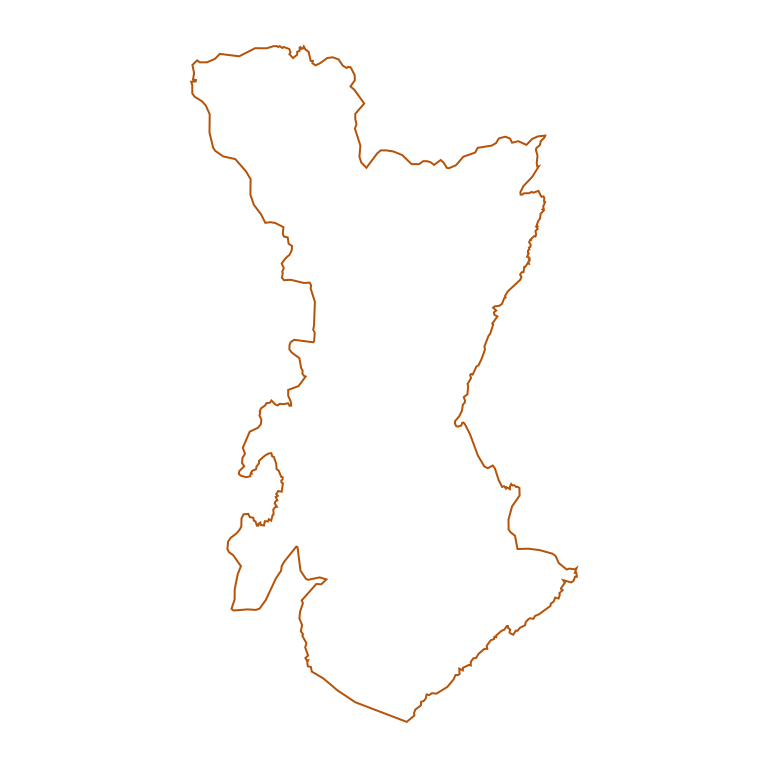 outline of Kenema, Eastern, Sierra Leone
{"feature_id": "65957751B6503620183485", "entity_name": "Kenema", "entity_type": "district", "adm_level": 2, "iso_a3": "SLE", "parent_name": "Sierra Leone", "parent_adm1": "Eastern", "projection": "natural_earth1", "projection_center": [-11.159, 7.947], "detail": "fine", "context": "isolated", "style": "outline", "palette": "amber", "viewbox_px": 768, "rotation_deg": 0, "n_neighbors": 0, "source": "geoboundaries", "source_scale": "gbopen_adm2", "svg_char_len": 6073}
<svg xmlns="http://www.w3.org/2000/svg" viewBox="0 0 768 768"><path d="M406.7,721.9L414.4,715.4L414.0,712.9L415.5,709.4L420.9,705.5L421.1,701.8L423.7,701.0L425.7,698.6L426.6,694.4L429.2,695.1L431.9,693.2L436.5,693.6L447.2,687.0L453.5,679.5L455.6,675.0L458.0,675.1L459.6,674.0L459.3,668.7L462.8,670.4L463.0,667.8L468.9,664.9L470.8,665.5L470.8,661.8L473.4,658.3L476.1,657.9L478.6,653.8L484.3,648.9L487.3,648.9L486.7,645.8L490.7,640.3L494.0,639.0L494.4,636.8L496.2,637.2L496.2,635.5L501.5,630.8L504.3,629.7L506.8,626.1L507.9,626.0L508.0,627.8L510.2,629.6L509.5,632.2L510.3,633.3L513.3,634.7L515.8,630.6L517.3,630.9L520.1,627.7L525.1,625.2L525.7,622.1L528.4,619.2L529.9,618.3L533.4,618.8L535.0,616.0L538.9,614.3L550.5,605.9L550.8,603.7L553.6,601.6L555.2,597.6L558.6,598.5L559.8,594.6L559.3,593.3L562.6,590.1L561.0,588.9L561.2,587.9L564.9,582.7L563.2,580.2L571.1,582.4L573.4,581.0L575.1,576.7L576.8,576.8L576.3,572.7L574.9,572.8L576.6,568.0L574.8,569.3L569.3,568.6L566.7,569.5L558.8,563.1L555.6,556.0L552.5,553.7L539.6,550.1L528.6,548.7L517.5,549.0L515.0,535.7L510.8,532.5L508.6,529.5L508.5,519.6L512.0,506.5L519.6,495.5L519.4,487.9L517.3,486.7L516.2,487.0L514.1,485.2L512.6,485.5L511.2,484.0L509.9,486.8L509.9,489.1L506.5,487.2L505.9,488.5L504.1,486.2L502.1,486.9L498.6,479.9L494.9,468.4L492.8,465.5L487.8,468.2L484.4,466.5L477.9,455.6L470.0,434.2L464.9,424.2L463.5,422.6L462.3,422.7L461.3,425.5L457.9,426.6L456.2,426.1L455.0,423.7L455.0,421.2L459.4,416.0L461.9,410.8L462.9,404.5L464.7,402.7L465.0,400.6L463.8,397.1L467.4,394.4L468.2,385.9L467.5,384.0L471.1,378.1L470.1,375.2L471.0,374.0L472.7,374.6L476.4,366.5L478.4,365.5L481.5,359.1L485.0,349.5L484.4,346.4L488.6,335.7L490.1,334.0L493.2,324.5L492.3,323.6L497.4,316.4L494.3,314.7L493.9,312.4L496.2,310.5L493.1,307.7L494.6,306.4L499.2,305.8L502.0,303.9L504.2,298.2L505.6,297.5L505.0,296.1L507.6,291.6L520.4,279.6L521.4,276.9L520.1,274.6L521.6,272.3L523.5,272.1L524.3,266.8L525.3,266.8L527.7,263.2L528.9,263.7L528.4,261.7L529.6,260.6L528.9,259.4L529.7,258.8L529.2,257.5L527.1,256.7L528.7,253.3L527.9,252.8L528.0,250.6L529.4,249.4L528.9,247.7L530.5,246.7L530.7,244.8L529.1,242.1L530.2,239.8L531.2,239.9L531.3,238.7L534.4,236.0L535.4,236.4L536.1,234.9L535.5,230.9L537.7,228.9L536.2,226.6L537.6,226.3L536.8,225.0L538.2,221.0L540.0,218.6L540.6,213.8L543.9,210.3L542.5,209.4L543.7,208.6L543.2,206.5L545.1,202.0L544.1,201.6L544.2,197.5L543.5,196.4L541.7,196.8L540.9,195.9L538.5,190.9L533.3,192.7L531.6,191.9L529.2,193.2L524.0,193.3L522.0,194.7L520.6,194.6L520.4,192.1L523.5,186.0L532.2,176.9L538.8,166.3L537.4,166.8L536.7,163.2L537.5,155.7L535.9,149.8L536.4,148.0L539.9,145.1L540.8,141.1L544.5,137.5L545.2,135.6L537.8,136.4L532.1,139.0L526.4,144.9L518.4,141.2L512.1,142.7L510.1,138.6L505.4,136.7L500.6,137.9L498.7,138.6L496.1,143.0L491.7,145.6L477.7,147.8L475.1,152.6L463.3,156.7L456.0,165.2L449.0,168.2L446.8,167.8L443.6,162.6L440.7,160.0L434.1,164.9L430.7,162.3L427.2,161.2L423.1,161.2L419.2,164.1L411.6,164.1L402.4,155.2L393.5,151.5L386.5,150.4L380.7,150.4L377.2,153.4L366.4,167.8L361.3,162.6L359.4,156.7L360.4,145.6L354.9,128.6L356.5,124.2L355.3,119.0L355.3,113.8L364.2,103.5L354.6,90.1L350.5,86.4L354.9,80.2L354.6,75.0L351.4,68.7L350.5,67.2L348.3,66.8L346.7,68.0L342.8,65.7L338.6,59.4L332.6,57.3L327.3,58.0L320.2,63.1L315.5,65.4L312.3,63.1L312.9,60.9L310.7,60.9L308.6,51.7L305.4,49.5L303.8,46.5L302.7,48.7L301.6,48.8L300.4,47.1L299.6,47.6L299.7,50.8L297.2,51.8L297.2,54.7L293.1,58.0L289.4,54.2L290.5,52.3L289.3,49.0L283.7,47.0L282.4,48.0L279.7,46.1L278.3,47.1L276.8,46.1L273.7,46.1L266.7,48.3L255.1,48.2L239.2,56.3L219.8,53.9L214.9,58.9L207.0,62.3L199.9,62.3L197.1,60.4L192.4,65.0L194.1,73.1L193.0,79.5L195.9,80.0L195.7,81.4L191.2,81.8L192.3,85.4L192.3,93.5L194.7,96.8L201.9,101.2L205.8,105.5L209.7,114.3L209.5,132.6L213.2,147.9L215.3,150.9L223.2,156.4L235.3,159.1L246.1,171.5L250.6,179.2L250.4,194.7L253.9,204.9L261.1,214.4L265.3,222.8L270.4,222.2L275.3,223.0L283.4,227.1L282.8,234.0L284.0,236.6L287.7,237.4L288.6,243.7L292.1,246.0L291.7,250.3L289.6,254.7L285.4,258.4L281.7,263.5L283.8,268.2L282.2,271.8L282.8,273.3L281.9,277.7L284.0,280.2L290.8,279.8L304.0,283.0L309.6,282.6L311.2,285.5L310.6,288.3L314.9,301.8L314.0,325.6L313.2,329.7L314.7,332.7L314.2,340.9L313.3,342.3L294.2,339.8L290.7,342.1L289.5,345.1L289.4,349.4L291.7,352.5L299.4,358.2L301.2,368.3L302.6,370.6L302.4,373.6L304.0,375.9L305.7,376.5L298.5,386.1L288.2,389.9L288.2,395.6L290.8,401.7L291.2,405.6L289.6,405.8L288.0,403.2L284.0,404.2L279.8,403.8L277.7,405.4L275.2,404.4L271.5,400.5L269.9,402.7L266.3,403.2L265.2,405.4L260.9,408.4L259.7,411.5L260.2,412.7L259.5,415.4L261.4,419.8L260.7,424.5L257.9,427.8L249.7,431.7L242.8,447.9L245.0,453.8L242.5,457.9L242.0,462.8L244.2,466.3L239.3,471.1L238.8,474.0L241.1,475.8L246.4,477.2L250.4,476.2L250.4,474.2L251.8,473.6L251.1,472.6L252.3,470.7L256.0,469.3L256.5,466.5L259.0,463.4L259.0,460.8L264.8,455.7L268.8,453.4L271.3,453.2L272.3,456.5L273.9,456.9L276.2,463.8L276.6,469.1L278.7,470.7L281.2,476.8L282.7,477.2L282.6,479.3L281.3,480.7L281.5,482.5L282.9,483.4L281.7,491.7L278.2,491.1L276.2,494.1L277.8,495.8L275.7,497.0L277.3,500.3L275.4,501.5L274.7,503.3L276.9,506.8L275.4,507.0L273.3,509.4L273.6,514.5L272.6,515.1L271.2,520.6L268.9,519.2L268.0,521.4L264.8,521.2L264.0,525.5L260.5,524.9L260.3,522.6L258.0,524.3L258.2,525.7L256.9,525.7L255.5,521.4L253.8,520.6L253.3,517.8L249.9,517.1L248.2,513.9L243.6,514.3L241.5,518.4L241.3,526.5L239.7,529.6L236.5,533.4L230.6,537.9L228.1,541.6L227.4,548.9L228.8,552.0L233.0,555.0L240.9,566.1L237.7,574.3L234.7,589.4L234.6,599.6L231.5,608.8L233.3,610.4L235.1,610.4L247.5,609.4L255.9,609.9L259.6,608.6L265.8,600.0L275.8,578.6L281.1,570.7L281.7,566.1L284.1,561.8L296.3,546.6L297.5,547.2L300.5,570.7L306.0,578.9L308.1,579.8L319.7,577.4L326.4,579.4L321.2,584.3L316.3,584.0L301.7,600.4L302.9,603.2L300.1,611.6L299.4,618.5L302.1,625.0L300.8,631.2L303.1,634.4L302.3,635.8L306.4,643.1L305.2,647.5L308.1,655.5L305.4,658.0L306.7,660.3L308.2,660.2L307.2,661.9L307.8,666.2L310.9,667.1L311.8,671.6L323.2,678.3L337.5,690.4L355.2,702.2L406.7,721.9Z" fill="none" stroke="#b45309" stroke-width="2"/></svg>